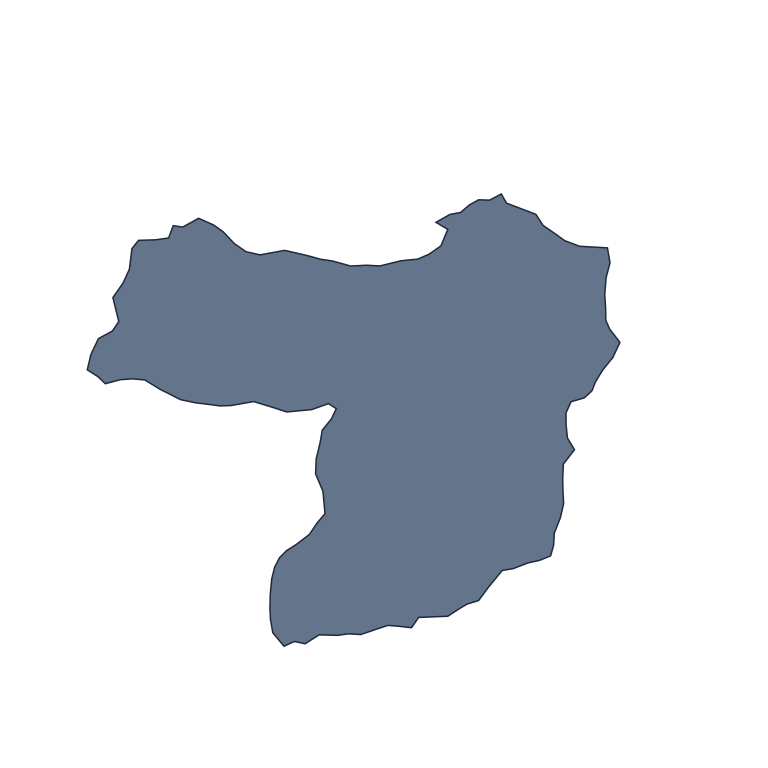 Paranapuã, São Paulo, Brazil, rotated 244°
{"feature_id": "56859067B54514315232654", "entity_name": "Paranapuã", "entity_type": "district", "adm_level": 2, "iso_a3": "BRA", "parent_name": "Brazil", "parent_adm1": "São Paulo", "projection": "orthographic", "projection_center": [-50.592, -20.064], "detail": "fine", "context": "isolated", "style": "filled", "palette": "slate", "viewbox_px": 768, "rotation_deg": 244, "n_neighbors": 0, "source": "geoboundaries", "source_scale": "gbopen_adm2", "svg_char_len": 1767}
<svg xmlns="http://www.w3.org/2000/svg" viewBox="0 0 768 768"><g transform="rotate(244 384 384)"><path d="M614.2,290.0L613.3,271.9L618.7,264.0L609.7,254.4L613.7,242.0L620.7,226.4L616.2,216.8L598.8,205.5L589.2,193.8L580.5,178.2L556.4,173.0L550.7,163.1L550.0,147.3L539.2,133.7L526.8,123.5L516.2,130.0L506.4,133.7L503.5,148.7L499.0,160.0L492.5,170.8L477.4,180.4L459.2,194.2L449.6,206.5L443.7,215.7L436.2,227.0L431.7,237.0L425.4,259.1L410.0,275.6L401.5,284.3L396.2,298.5L392.7,307.7L390.7,325.5L382.7,330.3L375.6,321.3L369.6,308.3L359.2,300.8L346.4,290.2L333.1,283.1L314.3,282.1L293.3,274.1L288.6,263.3L281.5,251.0L278.2,234.5L277.0,223.6L273.7,214.0L267.4,205.5L258.0,197.6L244.5,189.4L233.3,183.6L222.3,178.8L209.2,175.0L192.1,179.2L191.9,190.5L185.1,199.2L187.0,215.7L178.4,232.2L175.1,242.4L169.0,253.3L166.9,270.2L165.3,281.7L160.0,290.7L152.9,301.9L159.0,312.8L153.9,324.5L147.3,339.5L148.9,352.2L149.8,362.0L147.9,374.1L155.5,388.7L160.4,399.4L164.6,408.5L161.4,419.2L160.1,434.8L157.3,446.5L156.5,458.4L164.6,465.7L175.2,471.6L186.7,484.1L197.7,493.0L209.7,498.1L219.9,502.8L233.4,510.1L241.4,526.4L255.1,525.2L268.1,530.0L278.3,535.0L286.1,544.4L283.7,557.9L286.7,567.9L293.2,575.0L300.8,586.9L307.5,601.3L318.0,614.3L334.5,610.9L344.1,611.3L354.7,616.3L367.6,621.6L382.3,630.3L393.9,640.3L408.4,644.5L422.1,620.1L433.6,609.3L445.6,602.8L456.8,596.5L469.9,594.9L482.4,583.2L492.8,573.4L503.4,572.7L503.0,559.4L508.1,549.8L507.5,539.2L504.6,527.9L507.5,517.7L506.5,501.6L495.0,509.1L483.2,495.7L480.9,481.3L481.5,469.0L487.4,453.0L491.9,432.1L498.5,420.2L504.6,405.8L517.0,391.8L524.0,381.6L530.7,374.1L536.8,366.8L547.7,353.2L554.4,329.2L563.4,318.0L575.6,311.1L591.5,306.1L601.7,300.5L614.2,290.0Z" fill="#64748b" stroke="#1e293b" stroke-width="1.5"/></g></svg>